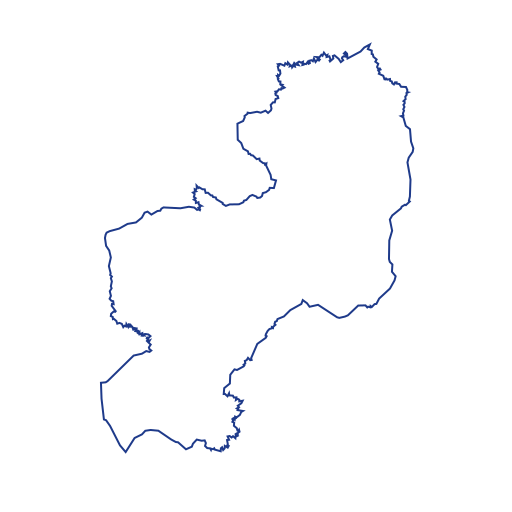 Charoen Sin, Sakon Nakhon, Thailand, rotated 76°
{"feature_id": "78962969B64295862325828", "entity_name": "Charoen Sin", "entity_type": "district", "adm_level": 2, "iso_a3": "THA", "parent_name": "Thailand", "parent_adm1": "Sakon Nakhon", "projection": "albers", "projection_center": [103.51, 17.637], "detail": "fine", "context": "isolated", "style": "outline", "palette": "blue", "viewbox_px": 512, "rotation_deg": 76, "n_neighbors": 0, "source": "geoboundaries", "source_scale": "gbopen_adm2", "svg_char_len": 6008}
<svg xmlns="http://www.w3.org/2000/svg" viewBox="0 0 512 512"><g transform="rotate(76 256 256)"><path d="M77.3,189.0L81.4,189.1L81.7,187.8L84.9,188.2L86.7,190.0L85.7,190.8L86.7,191.0L86.4,192.1L89.2,191.3L89.5,192.0L92.1,191.6L92.6,190.1L95.3,190.9L96.2,189.1L96.6,190.0L99.5,187.6L100.0,189.8L99.3,190.7L100.6,191.6L99.8,193.4L101.3,195.2L101.2,197.3L102.5,196.7L102.9,197.9L104.5,198.0L106.1,196.2L108.2,196.2L108.4,199.0L111.5,200.6L111.0,202.3L113.0,205.2L116.7,205.3L118.3,206.3L120.1,209.7L117.3,211.6L118.1,216.7L116.3,220.1L115.9,227.2L114.9,229.4L115.9,229.8L117.4,233.3L118.8,233.4L121.9,235.8L123.1,242.0L138.8,245.6L142.8,243.0L148.9,242.3L152.5,238.5L155.2,238.5L155.4,237.0L157.0,236.4L157.7,234.7L162.2,231.9L162.3,229.1L164.3,229.3L167.6,226.6L168.2,225.0L169.3,225.1L168.8,223.6L170.6,224.3L180.8,222.2L185.2,222.6L187.5,218.3L194.4,222.2L193.2,226.2L195.0,227.3L196.5,230.9L196.6,234.2L199.2,235.6L200.3,237.7L200.0,240.7L198.5,241.2L195.9,244.7L196.4,247.6L199.3,251.8L199.4,254.3L200.8,255.3L201.7,260.0L199.6,269.0L200.1,273.1L197.5,275.7L196.4,275.5L191.4,280.7L189.5,280.8L188.4,283.4L186.7,283.7L186.3,285.1L183.0,287.3L182.6,289.6L178.9,289.6L178.3,291.8L175.7,294.4L176.1,295.1L173.4,296.6L175.9,297.0L177.3,298.3L176.4,299.3L178.0,299.6L178.8,298.7L179.2,301.8L181.1,300.5L183.6,302.0L185.3,300.6L186.2,302.7L187.7,301.0L190.0,301.5L189.9,298.8L192.1,299.0L194.1,296.9L193.9,298.6L195.0,298.6L195.2,300.1L197.2,298.9L198.0,299.4L196.7,300.8L197.0,302.0L194.1,304.1L192.0,309.2L191.4,317.8L186.5,334.0L187.2,336.4L188.9,337.9L188.5,340.7L190.5,347.5L186.7,350.5L187.0,353.6L191.2,357.5L194.4,364.3L193.8,372.9L196.3,382.2L196.5,392.0L197.2,395.3L199.0,396.8L202.0,398.2L209.9,399.0L215.2,397.1L222.3,397.2L230.2,401.2L237.6,401.2L239.1,402.1L241.1,400.8L242.4,402.2L245.8,402.0L250.3,404.2L252.4,403.9L254.8,406.4L259.6,406.4L262.1,408.4L264.4,407.2L265.3,405.5L268.3,405.8L267.6,407.3L269.4,408.1L275.6,405.5L276.1,406.2L275.4,407.5L277.0,410.5L279.2,411.4L280.4,409.8L282.6,410.1L282.5,409.2L285.3,407.2L288.1,407.0L287.9,404.7L289.4,402.6L292.9,402.0L291.8,400.5L292.9,399.2L290.6,398.2L293.8,397.2L291.5,395.9L292.1,394.5L293.2,394.1L294.1,395.5L294.6,393.2L297.8,392.9L297.7,391.5L296.5,391.4L297.4,389.4L299.7,391.2L300.3,389.7L299.3,388.2L301.8,389.5L302.7,388.8L301.7,387.5L303.8,387.9L303.4,385.2L305.6,386.2L306.0,385.1L304.7,384.8L306.1,383.3L304.8,383.1L305.0,382.0L306.1,379.4L308.2,377.8L309.2,379.6L308.8,381.4L309.5,381.9L310.6,380.8L312.0,382.4L312.8,381.9L312.3,379.6L314.0,381.2L316.5,379.6L318.7,382.0L320.4,382.0L322.4,380.5L323.3,382.5L321.7,385.5L323.2,390.3L323.0,398.8L341.5,430.3L342.2,432.4L341.5,437.1L357.1,440.4L377.8,443.1L379.1,441.2L385.6,438.7L406.8,433.8L414.7,429.9L403.2,417.8L401.5,409.8L398.8,405.7L399.3,400.4L401.9,393.0L413.5,382.7L417.1,378.8L417.9,376.7L426.6,370.7L425.5,364.4L422.9,362.6L419.8,357.9L422.1,353.4L422.5,350.4L425.4,349.9L428.0,351.4L430.6,349.8L431.5,347.1L433.2,346.6L432.2,346.0L433.1,344.3L432.5,343.1L433.9,342.8L436.9,337.5L434.1,336.6L433.4,335.2L436.3,334.8L435.1,333.0L432.7,332.2L435.1,329.8L433.8,328.6L433.1,330.1L432.0,328.9L427.6,328.6L427.8,326.6L424.2,327.2L424.3,325.1L426.2,323.6L425.3,321.9L427.8,320.1L426.5,319.7L426.1,317.9L425.2,319.1L423.9,318.9L423.5,317.7L424.4,316.8L423.3,316.5L422.5,314.5L420.5,314.5L421.5,315.5L421.0,316.2L418.4,316.3L415.4,318.5L412.4,317.5L411.2,319.0L410.1,317.9L408.5,318.4L407.9,317.2L409.5,316.2L407.7,315.5L409.3,314.7L407.0,314.8L407.8,313.6L406.3,310.1L403.8,308.1L403.2,306.2L401.1,311.1L400.2,310.4L399.3,311.4L398.6,309.1L396.9,309.9L395.3,305.8L393.2,304.0L393.0,307.4L391.4,307.0L390.1,308.4L390.8,310.3L388.4,309.3L388.0,311.7L385.9,312.2L384.8,315.6L382.7,315.4L385.2,317.6L382.3,319.5L382.1,320.7L376.5,318.8L373.4,312.2L365.0,309.7L360.8,304.3L362.0,302.0L360.1,294.7L359.4,293.8L358.5,294.3L357.7,292.4L355.1,292.2L354.8,290.3L352.9,288.4L355.7,286.8L355.8,285.4L353.9,285.4L341.6,276.0L337.8,266.4L336.4,265.1L335.6,266.0L334.2,265.3L331.5,262.8L330.1,260.6L330.0,258.0L329.0,257.8L329.9,256.9L328.8,256.5L327.5,253.8L326.4,254.5L324.4,253.3L324.2,251.6L322.4,250.4L321.4,243.5L316.8,235.8L313.5,223.6L310.1,221.3L314.2,217.9L318.2,216.3L318.4,207.6L335.1,192.1L336.2,190.1L336.3,184.4L335.8,181.2L328.8,168.8L330.4,161.7L332.8,160.5L332.3,159.5L333.4,157.5L332.2,157.0L333.5,156.0L331.4,152.6L331.6,150.8L327.1,146.8L320.0,133.9L313.2,127.5L309.4,125.4L304.2,127.9L297.2,125.7L294.1,127.6L291.1,127.7L273.1,122.9L264.4,117.8L253.0,117.3L249.6,114.0L244.9,103.9L243.4,102.7L242.3,99.1L242.9,98.3L240.3,93.6L239.4,94.3L235.6,92.3L219.2,87.6L201.8,86.4L197.5,84.0L192.9,78.8L189.6,77.3L182.5,77.9L170.2,75.9L166.0,79.2L157.2,79.5L155.4,81.4L155.4,79.0L153.1,78.9L150.8,77.2L149.2,77.6L147.3,75.9L145.0,76.4L143.8,74.8L142.4,74.5L141.4,75.4L140.0,72.9L137.5,72.6L136.1,70.8L134.3,70.6L134.0,68.9L133.6,69.7L131.4,69.0L128.3,69.6L126.9,74.3L123.8,75.3L122.7,78.0L121.5,77.6L121.1,79.1L122.9,80.7L121.4,82.0L119.5,82.0L118.5,83.5L116.7,83.2L116.7,85.6L115.3,86.8L116.1,87.4L115.6,88.6L111.9,88.9L108.9,92.7L107.8,91.7L105.5,92.5L105.2,90.1L104.0,90.5L104.0,92.1L101.9,92.8L99.1,90.9L96.3,93.2L94.5,91.4L91.1,93.9L88.7,93.8L88.0,94.9L84.7,94.0L82.3,97.4L78.3,94.4L79.9,100.5L82.9,105.1L86.5,119.4L81.7,118.7L79.7,119.9L80.8,121.7L82.6,120.3L84.5,120.3L83.4,122.6L84.1,124.3L85.0,124.8L87.1,124.0L88.4,126.8L84.7,128.1L80.3,131.3L80.5,133.0L83.1,133.2L85.1,137.1L84.2,137.3L83.8,136.1L80.0,136.5L80.0,139.2L78.2,138.2L78.5,139.5L75.1,140.9L77.8,143.0L76.6,143.9L78.5,146.4L77.6,149.3L80.8,146.6L81.6,147.6L80.3,148.8L82.2,151.3L78.3,152.0L80.8,153.7L79.4,154.9L79.4,157.1L81.9,157.1L82.2,158.5L80.2,159.0L81.9,161.0L81.1,162.8L81.9,163.3L81.9,164.8L78.9,163.5L79.3,165.5L77.8,167.2L78.6,169.4L81.1,168.5L79.9,171.0L77.9,172.2L79.4,173.5L79.7,172.4L81.6,172.4L80.6,173.9L81.7,175.3L79.9,175.2L80.1,177.2L79.1,176.5L75.9,178.2L78.0,179.1L76.0,180.9L78.2,182.4L75.4,186.1L75.2,188.4L76.9,187.6L77.3,189.0Z" fill="none" stroke="#1e3a8a" stroke-width="2"/></g></svg>